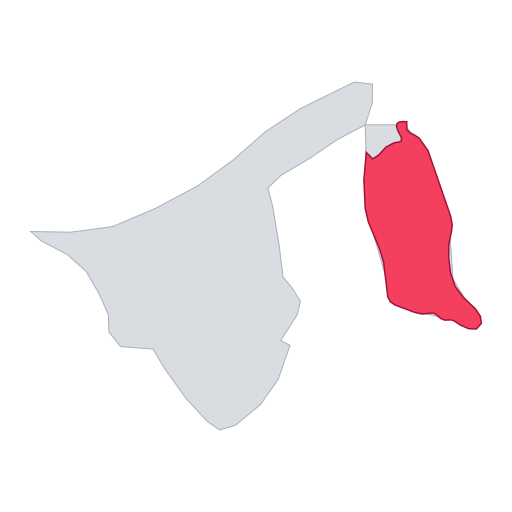 Temburong highlighted on a map of Brunei
{"feature_id": "BRN-1183", "entity_name": "Temburong", "entity_type": "District", "adm_level": 1, "iso_a3": "BRN", "parent_name": "Brunei", "parent_adm1": "", "projection": "orthographic", "projection_center": [115.184, 4.611], "detail": "fine", "context": "in_parent", "style": "filled", "palette": "rose", "viewbox_px": 512, "rotation_deg": 0, "n_neighbors": 0, "source": "natural_earth", "source_scale": "10m", "svg_char_len": 1459}
<svg xmlns="http://www.w3.org/2000/svg" viewBox="0 0 512 512"><path d="M365.2,124.8L336.8,139.9L308.9,158.9L281.0,175.3L267.9,188.1L272.6,206.0L279.2,245.6L283.0,276.7L292.8,288.9L300.4,301.3L297.2,314.8L280.7,340.5L290.0,345.5L278.1,379.5L260.3,404.7L235.6,425.2L219.7,430.0L207.0,421.2L186.3,398.7L163.7,367.3L153.1,349.1L120.6,346.6L109.0,332.2L108.3,314.6L99.1,293.8L86.3,271.6L67.2,254.5L41.6,241.1L30.7,231.5L70.3,232.2L112.5,226.6L156.0,208.1L197.8,185.8L233.0,160.1L265.9,131.3L300.6,108.5L354.4,82.0L372.5,84.1L372.3,102.9L365.2,124.8ZM404.6,124.8L414.5,136.3L435.1,176.8L448.6,217.4L453.0,279.3L469.5,305.7L466.9,311.1L456.9,315.5L441.6,317.4L415.2,311.4L393.1,302.3L373.8,235.3L365.2,197.4L366.0,152.2L365.2,124.8L404.6,124.8Z" fill="#d9dde1" stroke="#a8b0b8" stroke-width="1"/><path d="M406.7,121.7L406.9,129.7L410.1,133.0L414.8,135.2L419.2,138.2L428.0,150.6L450.7,216.4L452.2,224.7L451.6,230.7L448.8,244.5L448.7,258.2L450.6,273.0L455.2,286.6L463.2,297.3L475.4,308.8L480.4,316.3L481.3,323.5L476.3,329.0L468.6,328.7L460.6,325.2L454.3,321.0L451.3,319.9L444.6,320.1L440.9,318.6L435.5,314.0L432.6,313.0L422.2,314.0L415.0,312.5L395.2,305.1L390.6,302.0L387.8,297.1L383.7,262.7L379.6,249.0L368.3,221.9L365.2,208.3L363.9,180.0L366.3,152.4L372.7,158.9L379.0,154.8L385.9,147.1L393.7,143.0L401.2,141.4L401.4,137.4L398.4,131.9L396.4,126.1L397.2,123.4L399.4,122.0L402.7,121.6L406.6,121.7L406.7,121.7Z" fill="#f43f5e" stroke="#9f1239" stroke-width="1.5"/></svg>